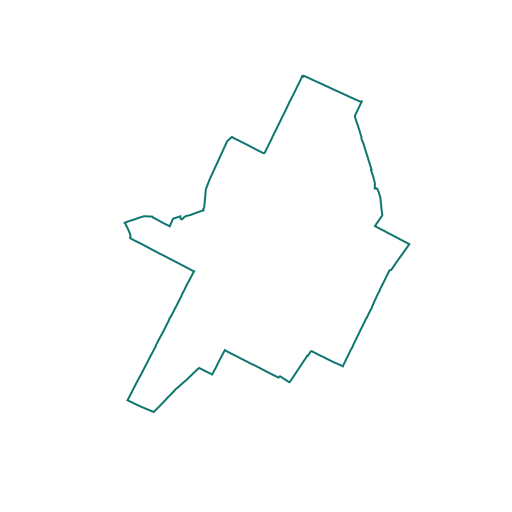 Obarsia De Camp, Mehedinti, Romania, rotated 116°
{"feature_id": "2599482B85119873558149", "entity_name": "Obarsia De Camp", "entity_type": "district", "adm_level": 2, "iso_a3": "ROU", "parent_name": "Romania", "parent_adm1": "Mehedinti", "projection": "albers", "projection_center": [22.992, 44.171], "detail": "fine", "context": "isolated", "style": "outline", "palette": "teal", "viewbox_px": 512, "rotation_deg": 116, "n_neighbors": 0, "source": "geoboundaries", "source_scale": "gbopen_adm2", "svg_char_len": 6028}
<svg xmlns="http://www.w3.org/2000/svg" viewBox="0 0 512 512"><g transform="rotate(116 256 256)"><path d="M442.0,308.2L441.9,295.9L441.7,290.9L441.6,289.3L441.5,286.9L441.4,285.6L441.2,281.4L441.0,279.5L440.3,279.3L434.6,277.3L424.1,273.9L423.4,273.8L415.1,271.0L412.6,270.2L411.1,269.9L409.4,269.1L408.2,268.5L406.9,268.0L404.7,267.1L401.0,265.6L398.2,264.3L386.6,260.1L383.1,258.8L381.6,258.0L381.6,257.1L381.5,255.9L381.6,254.3L381.7,253.0L381.7,250.8L381.7,245.3L381.8,243.8L381.7,243.4L375.9,243.3L374.3,243.1L369.5,243.2L363.2,243.0L358.2,242.9L354.2,242.7L354.5,239.1L354.6,236.1L354.6,233.9L354.6,231.4L354.6,228.8L354.8,224.5L354.8,222.5L354.9,216.0L355.0,214.7L355.0,213.0L354.9,208.2L354.9,207.6L355.0,205.3L355.0,203.1L355.2,198.4L355.3,195.6L355.3,194.2L355.3,193.3L355.3,192.3L355.4,190.7L355.3,189.4L355.4,188.4L355.4,187.0L355.4,182.4L354.0,182.0L353.7,181.8L353.6,181.3L353.6,180.8L353.8,179.9L353.9,178.9L354.1,178.1L354.1,176.9L354.3,176.2L354.3,175.7L354.5,173.5L354.7,172.6L354.9,171.1L354.9,170.9L354.8,170.7L354.6,170.5L354.3,170.4L352.0,170.0L342.9,168.8L334.7,167.7L332.3,167.4L325.1,166.4L324.7,166.3L323.8,166.4L323.3,166.2L323.1,165.8L323.0,165.7L322.7,165.6L321.9,165.5L320.8,165.4L319.6,165.1L318.6,165.1L318.0,165.0L317.6,164.8L317.4,164.6L317.2,164.3L317.1,164.0L317.1,163.1L317.2,162.2L317.2,158.6L317.4,156.0L317.3,155.4L317.3,153.6L317.3,153.0L317.2,151.3L317.3,149.0L317.4,148.5L317.3,147.9L317.4,145.2L317.3,144.1L317.4,143.3L317.4,142.2L317.4,141.5L317.4,138.1L317.3,137.2L317.2,135.9L317.1,133.0L317.0,130.8L317.0,129.5L314.3,129.7L311.5,129.6L309.4,129.7L305.6,129.6L299.2,129.7L296.0,129.4L295.0,129.5L292.1,129.6L287.5,129.6L278.5,129.6L277.7,129.6L276.3,129.7L275.7,129.6L269.9,129.6L269.1,129.5L263.7,129.6L263.3,129.4L257.8,129.4L256.1,129.4L253.9,129.4L252.7,129.2L252.3,129.2L251.7,129.2L250.9,129.4L250.5,129.5L247.4,129.5L245.0,129.7L241.4,129.7L240.6,129.8L239.9,129.8L239.3,129.8L239.2,129.8L237.2,129.8L236.6,129.7L236.2,129.8L235.5,129.8L234.3,129.7L232.8,129.7L231.5,129.9L230.7,129.9L226.7,129.8L224.8,129.8L222.7,129.8L222.3,129.7L220.9,129.8L215.2,129.8L213.9,129.7L211.2,129.8L210.3,129.6L210.0,129.4L209.7,129.0L209.3,128.4L206.3,127.9L202.0,127.3L201.5,127.3L200.5,127.1L198.0,126.7L197.0,126.5L196.1,126.4L193.3,125.9L179.8,123.6L178.2,123.4L178.1,123.9L177.9,132.1L177.9,133.3L177.7,137.2L177.7,139.2L177.5,143.9L177.5,147.0L177.3,150.4L177.2,153.9L177.2,154.7L177.2,157.3L177.1,158.0L177.1,159.4L177.0,161.6L176.9,162.2L176.6,162.1L175.8,161.9L175.1,161.9L174.5,161.9L170.5,161.2L167.0,160.8L165.8,160.6L164.9,160.4L163.9,160.4L163.3,160.7L162.0,161.6L159.9,163.1L157.5,164.6L155.1,165.9L153.5,167.1L149.7,169.3L149.2,169.6L144.7,173.8L144.1,174.5L142.6,176.3L142.7,176.7L142.6,177.0L142.4,177.3L142.4,177.6L142.7,178.1L143.3,178.8L142.9,179.2L142.5,178.8L142.1,179.2L140.7,180.1L140.2,180.4L139.9,180.3L138.5,181.1L137.8,181.6L137.0,182.3L133.9,184.9L133.2,185.5L131.4,187.3L128.7,190.0L128.1,190.4L127.7,190.0L126.3,191.4L123.0,194.5L121.2,196.2L116.9,200.2L111.8,205.1L109.1,207.5L106.6,209.9L106.5,210.4L106.0,211.0L104.0,212.9L103.3,213.1L102.8,213.4L99.7,216.4L97.0,218.8L95.5,220.4L94.8,221.0L94.3,221.2L94.0,221.7L92.8,223.0L88.6,227.1L87.3,228.3L86.9,228.5L85.4,228.6L81.4,228.6L71.5,228.7L70.0,228.6L70.5,228.9L71.2,229.1L71.5,229.5L71.7,234.3L71.8,237.3L71.9,242.2L72.0,244.1L71.9,245.5L72.0,246.6L72.1,250.1L72.2,252.5L72.1,253.7L72.2,254.7L72.3,256.5L72.4,261.5L72.4,261.9L72.4,262.8L72.4,265.1L72.6,268.8L72.5,271.0L72.6,272.6L72.5,273.1L72.6,273.7L72.7,274.3L72.7,276.5L72.8,278.7L72.8,281.0L72.9,282.3L72.9,288.1L73.0,289.2L73.1,292.2L73.3,292.5L73.5,292.6L73.9,292.6L74.2,292.5L74.2,293.4L74.5,293.4L75.0,293.2L95.6,293.2L97.6,293.3L103.1,293.4L105.1,293.3L107.4,293.4L108.7,293.3L118.3,293.3L120.7,293.4L123.5,293.3L130.5,293.4L132.9,293.3L136.4,293.4L139.9,293.4L140.6,293.4L142.3,293.4L143.6,293.3L151.0,293.4L153.6,293.4L157.8,293.4L159.4,293.4L159.5,293.6L160.0,293.8L160.2,294.0L160.3,294.3L160.3,298.9L160.3,300.3L160.1,305.1L160.1,308.2L160.0,309.0L160.0,309.8L159.9,311.5L159.9,314.6L159.8,320.6L159.8,327.1L159.8,328.0L159.5,329.5L159.5,329.8L160.4,330.2L165.3,332.2L165.6,332.2L187.7,331.7L191.9,331.6L207.8,331.2L218.0,330.3L228.1,326.5L229.9,325.8L235.2,323.8L235.4,323.8L235.7,323.8L236.8,324.0L237.6,323.6L238.0,323.2L238.7,324.1L243.1,328.4L247.7,332.7L249.0,334.1L249.8,335.3L250.2,335.8L251.1,336.6L252.1,337.3L252.9,337.7L254.3,338.1L255.1,338.4L255.6,338.8L255.7,339.3L255.7,339.6L255.4,340.2L254.1,341.1L253.5,341.4L257.4,345.4L258.8,346.9L261.5,346.8L267.2,346.6L267.0,349.2L267.1,351.1L267.1,352.1L267.0,354.9L266.9,355.4L266.9,356.0L266.6,362.4L266.6,364.2L266.6,365.5L266.0,366.2L266.3,367.0L267.5,369.8L269.0,373.3L269.3,374.1L270.2,375.0L271.0,375.8L272.7,377.7L275.8,380.7L276.4,381.2L277.4,382.4L280.7,385.8L283.1,388.1L283.5,388.5L283.8,388.6L283.9,388.3L283.9,388.0L283.9,387.8L284.3,387.3L284.9,386.8L287.6,383.2L288.5,382.2L288.9,381.8L290.7,379.6L291.2,379.1L292.4,377.9L292.6,377.8L292.9,377.6L293.3,377.5L294.7,377.3L294.9,377.2L295.1,376.8L295.4,371.2L295.3,370.6L295.3,368.9L295.4,367.7L295.3,366.2L295.5,360.6L295.6,358.0L295.6,357.2L295.7,355.6L295.7,354.0L295.8,352.7L295.9,352.3L295.8,351.7L295.9,351.1L295.9,348.1L296.0,346.7L296.1,345.3L296.1,342.0L296.1,339.1L296.1,337.5L296.3,333.7L296.3,329.9L296.4,327.8L296.7,316.0L297.0,306.5L297.0,305.5L296.8,305.0L296.8,304.9L298.8,305.1L306.3,305.3L309.6,305.4L310.0,305.5L311.3,305.5L315.4,305.6L316.1,305.5L324.0,305.7L324.4,305.6L324.9,305.4L325.2,305.4L327.8,305.6L328.5,305.6L330.1,305.6L332.3,305.6L336.7,305.7L338.7,305.9L339.5,305.8L340.0,305.7L342.1,305.9L342.5,305.8L346.2,306.0L346.8,306.0L348.1,306.0L348.7,306.1L349.6,306.4L350.8,306.2L352.6,306.1L365.6,306.3L366.7,306.3L368.1,306.4L372.0,306.6L380.1,306.8L380.6,306.8L380.9,306.6L382.1,306.5L382.4,306.5L382.8,306.6L383.6,306.7L387.2,306.7L390.6,306.9L414.1,307.4L416.2,307.6L419.8,307.7L422.1,307.8L425.9,307.9L437.9,308.1L442.0,308.2Z" fill="none" stroke="#0f766e" stroke-width="2"/></g></svg>